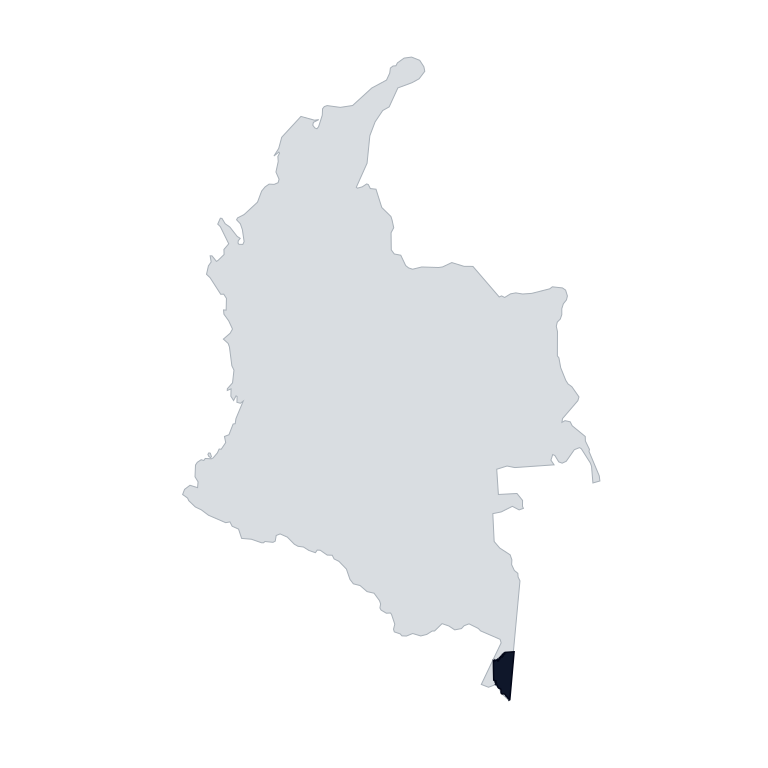 Leticia, Amazonas, Colombia (highlighted), rotated 356°
{"feature_id": "7082276B43275073099169", "entity_name": "Leticia", "entity_type": "district", "adm_level": 2, "iso_a3": "COL", "parent_name": "Colombia", "parent_adm1": "Amazonas", "projection": "robinson", "projection_center": [-70.12, -3.618], "detail": "fine", "context": "in_parent", "style": "filled", "palette": "ink", "viewbox_px": 768, "rotation_deg": 356, "n_neighbors": 0, "source": "geoboundaries", "source_scale": "gbopen_adm2", "svg_char_len": 6710}
<svg xmlns="http://www.w3.org/2000/svg" viewBox="0 0 768 768"><g transform="rotate(356 384 384)"><path d="M440.3,82.0L432.9,85.4L418.5,89.6L408.5,107.9L401.8,111.1L393.4,121.9L387.2,135.3L382.5,162.6L370.1,185.8L371.1,186.8L376.1,185.8L380.7,183.2L382.3,184.0L384.0,188.1L389.6,189.1L394.1,207.8L402.6,217.4L403.5,221.1L404.6,228.8L401.6,233.6L400.6,250.7L403.3,255.0L409.7,256.7L413.9,267.4L416.6,269.9L420.5,271.5L429.8,269.9L446.6,271.6L450.6,271.3L460.1,267.6L472.0,272.2L480.9,272.9L505.0,305.2L507.4,304.3L510.4,306.1L516.5,302.9L521.8,302.3L528.6,303.9L537.7,303.9L556.0,300.6L558.7,298.8L568.7,300.6L571.7,303.0L573.1,309.0L571.9,312.8L568.5,316.5L566.6,321.3L566.2,327.2L564.4,331.5L561.2,334.3L559.9,338.4L560.7,343.8L558.9,368.1L560.3,370.1L561.4,380.1L565.6,393.1L567.6,396.8L571.2,399.8L577.6,410.5L576.2,414.2L559.7,430.9L558.8,434.7L562.0,433.2L567.1,434.7L568.8,438.8L581.1,450.4L580.9,454.9L584.4,463.6L583.8,465.6L592.3,490.6L592.6,495.8L585.5,497.3L585.3,480.6L584.3,477.1L576.3,462.3L574.6,461.1L569.3,462.8L560.4,473.8L556.2,475.4L552.9,473.9L549.5,467.3L547.4,466.1L545.2,471.6L548.0,476.5L508.7,476.5L501.0,474.4L490.5,476.9L490.4,502.2L509.0,502.5L514.1,509.8L513.6,515.7L514.4,517.8L510.0,519.0L503.5,515.0L492.0,519.8L483.5,520.9L482.9,548.8L488.0,555.7L497.9,563.2L499.3,568.3L498.7,573.1L501.0,579.1L504.3,582.2L504.3,585.9L505.9,589.9L486.5,708.2L479.6,700.9L477.1,694.4L473.7,691.8L467.1,693.8L460.1,690.5L482.8,650.4L482.0,646.8L463.1,637.0L461.1,634.5L452.1,629.2L447.1,630.7L444.2,633.4L437.4,634.2L431.8,629.9L425.2,627.1L417.2,633.9L414.8,633.8L409.2,636.8L403.1,637.9L395.2,634.9L388.8,637.0L384.3,636.5L382.7,634.4L377.0,632.0L376.4,629.3L378.0,624.3L375.5,614.6L374.6,612.9L370.3,612.8L365.3,609.3L364.3,607.1L365.3,603.2L364.4,599.8L359.5,592.0L352.6,589.9L346.1,583.4L339.5,581.2L336.4,576.5L333.6,566.0L326.7,557.8L322.0,555.0L320.4,551.2L315.4,550.7L308.8,545.4L305.8,545.0L303.8,547.5L297.6,544.9L292.3,541.0L286.9,539.9L283.3,537.5L276.9,530.0L269.9,526.3L265.9,527.6L264.5,533.2L262.2,534.2L254.2,532.8L252.8,534.0L250.7,533.8L240.9,529.6L231.2,528.1L228.8,518.6L222.6,515.3L220.7,510.8L216.4,511.3L199.8,502.7L193.0,496.8L187.2,493.5L181.1,486.8L180.1,484.1L175.4,480.2L177.7,475.2L183.4,471.5L190.8,474.4L191.7,468.6L189.0,463.4L190.3,451.7L192.3,449.1L196.3,446.8L198.9,447.7L200.5,445.8L206.5,446.6L208.4,445.8L213.0,441.1L215.0,437.4L217.1,437.7L222.0,431.4L221.2,425.2L225.8,423.8L230.7,413.4L232.8,413.2L233.9,408.2L242.4,391.2L239.4,393.2L236.0,392.0L236.6,386.2L235.6,385.5L232.8,390.0L230.4,385.5L231.1,378.2L227.2,379.5L227.4,377.8L233.0,372.3L235.3,359.7L233.5,355.2L232.4,336.3L231.4,332.7L226.9,328.0L234.1,322.6L236.7,318.6L233.5,310.2L229.2,303.2L229.1,298.9L231.7,299.3L232.8,287.6L230.4,283.2L227.4,283.1L217.9,265.8L214.6,262.2L217.1,253.9L220.1,250.2L219.5,244.0L221.4,244.2L225.4,250.0L227.1,249.1L233.5,243.7L233.7,238.6L238.9,233.3L231.7,215.6L229.3,212.9L232.3,207.2L233.9,207.5L236.7,213.0L241.2,216.7L247.8,226.5L250.7,228.7L248.6,230.9L248.2,233.3L249.1,234.6L252.9,234.9L254.4,232.2L253.5,220.2L251.9,214.2L248.4,209.9L249.5,208.1L256.3,205.2L270.5,193.8L275.4,183.0L279.1,179.1L283.3,176.6L288.4,177.2L292.4,175.8L293.6,172.4L291.0,165.0L294.0,154.7L294.0,149.6L295.9,146.5L295.3,145.3L290.1,148.9L295.4,141.7L299.2,130.7L319.8,111.3L333.1,116.0L337.4,115.7L331.8,118.1L331.0,120.9L332.9,123.8L334.9,124.7L336.7,122.8L341.2,111.5L341.9,105.2L343.8,103.1L346.7,102.3L359.7,105.0L372.1,104.0L392.4,87.9L407.7,81.0L411.4,74.3L412.4,69.3L415.2,67.4L418.1,67.4L419.8,64.6L426.8,60.3L434.3,59.8L442.2,63.6L445.9,70.3L446.5,74.9L440.3,82.0ZM206.8,444.5L205.8,445.4L204.1,443.9L203.4,441.9L204.5,440.5L205.9,440.9L206.8,444.5Z" fill="#d9dde1" stroke="#a8b0b8" stroke-width="1"/><path d="M474.8,691.7L475.4,692.0L475.8,692.3L475.9,692.5L476.0,692.7L476.3,693.9L476.5,694.4L476.8,694.9L477.3,695.4L477.8,695.7L478.0,695.8L478.7,696.0L479.0,696.2L479.2,696.7L479.3,697.2L479.4,697.9L479.4,698.5L479.3,699.0L479.3,699.3L479.3,700.3L479.4,700.6L479.6,701.0L479.9,701.2L480.3,701.4L480.7,701.4L481.2,701.5L482.0,701.4L482.3,701.5L483.1,702.1L483.4,702.5L483.8,703.6L484.2,704.1L484.7,704.6L485.1,705.0L485.4,705.5L485.7,706.0L485.8,706.1L485.9,706.4L486.2,706.6L486.4,706.7L486.7,707.0L486.8,707.2L486.9,707.5L486.8,708.0L487.3,707.8L487.3,707.7L487.5,707.6L495.1,660.2L486.0,660.2L485.9,660.3L485.9,660.5L485.7,660.6L485.3,660.6L485.2,660.6L485.2,660.8L485.2,661.0L485.3,661.2L485.5,661.2L485.6,661.5L485.6,661.8L485.4,661.9L485.3,661.7L485.2,661.7L484.9,661.7L484.8,661.3L484.7,661.3L484.5,661.5L484.4,661.8L484.3,661.7L484.2,661.6L483.9,661.7L483.9,661.8L483.6,661.8L483.4,661.9L483.5,662.0L483.4,662.1L483.3,662.3L483.6,662.3L483.5,662.6L483.6,662.8L483.8,662.8L483.7,663.0L483.8,663.2L483.9,663.4L484.0,663.5L483.9,663.6L483.7,663.4L483.5,663.5L483.7,663.8L483.4,663.5L483.2,664.0L483.1,663.8L482.9,663.8L482.9,664.1L482.7,664.1L482.6,663.9L482.4,663.8L482.2,664.0L482.1,663.9L482.0,664.0L482.0,663.9L481.9,663.6L481.7,663.7L481.7,663.8L481.4,664.3L481.2,664.2L481.1,664.3L481.3,664.4L481.4,664.5L481.2,664.5L481.1,664.8L481.2,665.0L480.9,665.1L480.7,665.1L480.8,665.3L480.7,665.3L480.6,665.5L480.4,665.5L480.2,665.5L480.3,665.7L480.4,665.8L480.5,665.8L480.4,666.0L480.2,666.0L479.9,666.2L480.0,666.3L480.1,666.2L480.3,666.2L480.3,666.4L480.2,666.5L479.9,666.6L479.8,666.3L479.7,666.3L479.8,666.4L479.8,666.5L479.6,666.5L479.8,666.7L479.6,666.8L479.6,667.0L479.4,667.1L479.6,666.8L479.5,666.6L479.4,666.7L479.3,666.9L479.2,666.8L479.0,666.7L478.9,666.8L478.8,667.0L478.8,667.3L478.8,667.5L478.7,667.4L478.7,667.5L478.5,667.8L478.4,667.6L478.2,667.9L478.1,667.6L477.9,667.8L477.8,667.7L477.7,667.4L477.6,667.6L477.4,667.5L477.6,667.3L477.6,667.2L477.4,667.2L477.3,667.3L477.2,667.4L477.3,667.3L477.3,667.1L477.2,667.1L476.9,667.1L476.7,667.1L476.4,667.2L476.2,667.3L476.0,667.5L475.8,667.5L475.7,667.5L475.8,667.6L475.6,667.8L475.5,667.7L475.4,667.8L475.3,667.7L475.2,667.5L475.1,667.8L474.9,667.7L474.7,667.8L474.8,668.0L474.7,668.1L474.6,667.9L474.6,668.0L474.4,668.3L474.4,668.2L474.3,667.9L474.2,667.8L473.9,667.8L473.8,667.7L473.4,674.2L472.8,686.9L473.0,686.9L473.0,687.0L473.3,687.2L473.3,687.3L473.5,687.4L473.5,687.5L473.8,687.6L473.9,687.8L474.0,687.8L474.0,688.0L474.1,687.9L474.2,688.0L474.3,688.1L474.4,688.3L474.4,688.5L474.5,688.4L474.4,688.4L474.5,688.4L474.5,688.5L474.4,688.7L474.5,688.6L474.5,688.8L474.4,688.9L474.4,689.0L474.5,689.0L474.6,688.9L474.6,689.0L474.7,689.3L474.8,689.3L474.7,689.5L474.8,689.6L474.7,689.6L474.6,689.8L474.7,690.0L474.7,690.3L474.8,690.2L474.9,690.5L474.7,690.7L474.8,690.8L474.7,690.9L474.8,690.9L474.9,691.0L474.9,691.3L474.8,691.7Z" fill="#0f172a" stroke="#020617" stroke-width="1.5"/></g></svg>